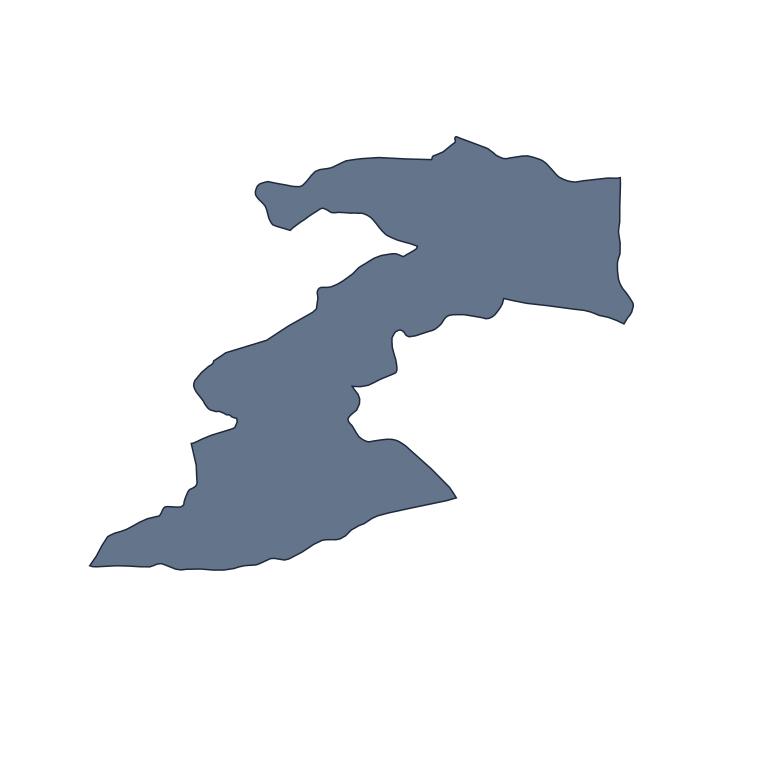 outline of Lai Chau, Lai Chau, Vietnam, rotated 293°
{"feature_id": "81297802B74546691476320", "entity_name": "Lai Chau", "entity_type": "district", "adm_level": 2, "iso_a3": "VNM", "parent_name": "Vietnam", "parent_adm1": "Lai Chau", "projection": "equal_earth", "projection_center": [103.45, 22.387], "detail": "fine", "context": "isolated", "style": "filled", "palette": "slate", "viewbox_px": 768, "rotation_deg": 293, "n_neighbors": 0, "source": "geoboundaries", "source_scale": "gbopen_adm2", "svg_char_len": 5379}
<svg xmlns="http://www.w3.org/2000/svg" viewBox="0 0 768 768"><g transform="rotate(293 384 384)"><path d="M338.7,218.2L337.5,218.4L336.3,218.4L334.4,217.7L331.9,215.8L323.4,211.6L313.5,208.6L311.6,208.6L310.0,208.8L308.4,209.3L306.9,210.3L304.9,212.3L303.3,214.3L300.1,220.1L297.6,224.5L295.6,226.8L294.4,228.8L293.2,230.8L292.4,233.2L292.3,235.0L293.0,240.2L293.5,241.3L293.8,241.9L294.0,242.1L294.5,243.2L294.5,244.6L294.5,248.6L294.2,250.1L294.2,251.4L294.5,252.2L295.0,253.2L295.1,253.9L295.1,254.3L295.0,255.0L294.4,255.9L294.3,257.0L294.3,258.4L294.4,259.5L294.8,261.8L291.8,263.7L288.3,263.7L286.2,263.7L285.2,263.3L283.5,261.9L269.4,245.1L262.4,238.2L258.4,234.7L255.9,232.4L254.4,230.7L253.9,229.8L235.8,242.9L227.6,246.8L224.1,248.5L221.7,249.7L219.6,250.7L218.6,250.7L217.1,250.7L216.1,250.4L213.9,249.0L210.8,246.3L208.5,245.6L202.0,245.6L197.6,246.0L195.9,246.5L194.9,246.8L193.6,246.5L192.8,246.0L191.5,244.9L190.3,242.8L189.0,239.4L187.3,234.6L186.3,232.0L185.2,230.4L183.5,229.6L181.8,229.4L178.9,229.4L176.4,229.1L175.1,228.8L174.1,228.0L173.0,226.2L167.5,218.8L161.0,212.8L154.1,207.5L149.4,203.6L145.4,199.3L141.4,194.3L137.6,190.9L135.5,189.3L125.2,187.5L113.3,186.5L101.7,184.1L102.0,187.1L103.4,190.8L112.1,208.6L116.6,220.0L120.7,231.5L124.2,239.9L126.6,242.6L129.8,245.8L131.7,249.3L131.9,253.0L132.2,264.7L133.6,269.9L136.3,274.6L142.0,287.4L146.1,299.8L150.3,309.5L155.6,318.1L159.0,322.0L162.3,326.7L164.5,331.0L167.3,336.6L169.3,339.0L172.8,342.2L178.8,347.6L180.6,351.1L183.1,361.2L185.9,364.9L197.2,374.2L209.0,382.0L215.9,388.1L217.7,390.9L220.1,396.3L222.0,400.8L224.2,404.0L229.2,407.9L237.0,411.0L240.0,413.4L244.0,416.4L247.7,420.3L255.5,425.4L260.1,429.6L267.2,438.7L279.7,456.4L294.4,477.6L301.3,487.5L304.5,491.4L307.4,495.1L310.7,490.5L314.4,484.8L324.3,460.8L335.7,427.3L336.4,423.6L336.9,419.9L336.9,417.1L336.2,413.1L334.4,408.5L331.9,404.0L327.6,396.9L325.1,393.2L324.4,390.9L324.4,389.8L324.4,388.3L324.4,386.9L324.9,384.3L325.8,381.2L328.5,377.2L333.1,371.0L334.2,368.4L335.6,365.9L337.6,364.5L339.5,364.5L342.7,365.6L349.3,369.0L356.0,369.2L360.7,367.5L364.2,364.3L367.1,359.3L369.4,355.6L369.6,356.2L372.3,363.3L376.6,369.9L381.1,374.0L386.9,378.8L397.8,389.5L399.2,390.5L401.8,390.5L404.2,389.5L407.6,387.5L411.0,385.3L415.8,381.3L421.0,377.3L426.0,374.8L429.8,373.3L433.3,373.6L435.8,374.0L437.2,374.7L439.2,376.5L440.0,377.7L440.2,380.2L439.3,382.7L437.7,384.7L437.3,386.2L437.3,388.7L440.7,394.2L442.7,396.5L449.7,404.5L452.7,408.2L455.1,410.0L457.9,411.5L460.7,412.8L463.1,413.5L466.5,414.0L468.7,414.5L471.1,415.8L472.9,417.5L474.9,420.8L479.1,430.5L483.3,448.0L483.9,452.3L485.3,454.8L487.3,456.8L488.5,457.6L490.5,458.8L493.7,459.8L497.7,460.8L500.5,461.3L504.3,461.6L509.5,460.8L511.0,469.3L514.0,483.8L519.4,501.9L520.4,505.3L527.1,529.7L530.0,539.5L531.0,545.8L531.2,549.4L531.2,553.0L531.2,555.1L532.3,560.8L533.0,564.5L533.4,573.8L533.2,577.4L533.2,580.3L533.0,581.4L540.1,582.4L543.4,583.4L546.8,583.9L549.2,583.6L552.4,583.2L553.9,582.7L555.7,581.6L557.6,579.0L561.0,573.9L562.7,571.1L564.7,567.1L566.8,564.1L568.8,561.8L572.0,559.0L575.5,556.9L579.6,554.6L586.0,551.8L588.6,551.1L591.6,550.7L596.0,550.4L606.0,546.3L615.4,540.5L619.0,539.3L621.6,538.6L625.2,537.7L639.5,531.7L660.0,523.7L666.3,520.9L664.6,518.5L662.8,513.9L660.9,509.3L657.3,502.9L648.9,488.0L644.6,481.2L643.2,476.3L642.7,473.3L642.5,469.6L642.8,464.5L643.9,461.1L646.6,455.6L650.4,447.1L651.4,443.2L651.6,440.5L651.4,437.1L651.1,433.0L650.1,427.1L647.8,422.1L641.3,411.6L639.1,408.4L638.1,405.2L638.1,403.1L638.1,401.2L638.4,397.6L639.5,394.6L640.5,390.3L641.2,387.8L641.2,385.7L640.7,372.9L640.0,358.2L640.0,355.7L640.0,354.6L640.0,354.2L639.4,353.3L638.3,353.1L636.9,353.6L636.2,354.4L635.2,354.8L633.9,354.9L633.2,354.4L631.0,353.1L620.9,347.8L615.5,342.7L613.5,340.5L612.6,339.9L611.6,339.8L609.2,340.3L599.8,316.4L590.5,290.9L582.7,275.3L577.7,266.8L577.2,266.0L574.6,261.9L571.6,259.1L562.8,251.4L560.5,248.2L556.6,241.7L555.8,240.6L552.8,237.7L547.6,235.6L541.0,233.8L537.0,232.3L534.4,231.1L532.5,228.8L531.1,225.2L530.1,222.3L529.2,217.6L526.4,205.2L525.7,201.6L525.0,198.1L524.0,196.6L521.7,193.7L519.8,191.6L516.9,190.1L513.2,190.1L510.8,190.4L508.9,191.3L507.5,192.4L506.1,194.5L504.9,196.9L503.9,199.5L502.7,202.5L501.3,205.1L499.0,207.5L496.1,209.8L491.9,213.0L490.2,214.8L488.5,216.9L487.6,218.3L487.1,219.5L487.1,222.2L487.3,224.8L488.8,237.7L489.1,237.8L491.6,238.8L496.0,241.3L500.5,244.0L504.5,246.7L508.8,249.2L512.5,251.6L516.9,254.7L519.9,256.6L521.2,257.9L521.9,259.0L522.1,261.2L521.9,264.7L521.4,266.9L521.3,269.0L522.9,272.8L524.2,274.9L526.1,280.1L528.5,287.2L529.8,289.7L531.1,293.5L532.4,296.5L532.8,298.9L532.8,300.8L532.8,302.7L532.2,306.3L531.1,309.3L528.5,314.4L526.3,318.2L524.1,322.6L522.5,326.7L521.9,329.4L521.7,334.6L521.7,340.0L522.4,345.9L523.5,353.7L523.9,360.9L523.6,360.9L522.1,361.0L521.2,360.9L520.5,360.6L517.8,358.8L511.4,353.9L508.8,352.1L508.7,348.6L508.7,346.1L508.5,344.1L507.1,340.6L501.3,331.4L497.5,327.4L495.7,325.6L490.9,322.1L487.9,320.1L484.9,317.8L481.3,315.3L473.1,312.1L462.9,306.0L457.3,301.8L452.7,297.3L450.9,294.3L449.7,291.5L449.1,290.0L448.3,288.3L446.9,287.0L445.5,286.5L443.1,286.5L441.8,286.9L437.3,289.6L426.6,292.4L422.1,290.3L409.6,280.7L400.1,273.4L388.8,265.8L378.5,259.0L359.7,236.6L351.0,226.2L338.7,218.2Z" fill="#64748b" stroke="#1e293b" stroke-width="1.5"/></g></svg>